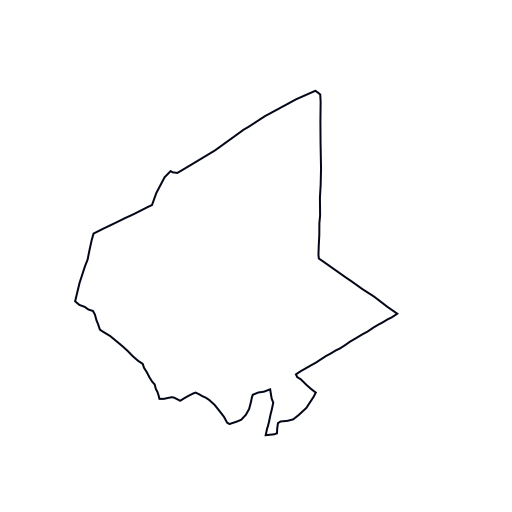 the district of Suq Al-Shoyokh, Dhi-Qar, Iraq, rotated 211°
{"feature_id": "34846034B93046718311053", "entity_name": "Suq Al-Shoyokh", "entity_type": "district", "adm_level": 2, "iso_a3": "IRQ", "parent_name": "Iraq", "parent_adm1": "Dhi-Qar", "projection": "robinson", "projection_center": [46.449, 30.814], "detail": "fine", "context": "isolated", "style": "outline", "palette": "ink", "viewbox_px": 512, "rotation_deg": 211, "n_neighbors": 0, "source": "geoboundaries", "source_scale": "gbopen_adm2", "svg_char_len": 1997}
<svg xmlns="http://www.w3.org/2000/svg" viewBox="0 0 512 512"><g transform="rotate(211 256 256)"><path d="M387.7,124.0L382.2,123.1L376.5,124.2L372.2,123.8L367.4,124.9L364.0,122.9L362.0,121.0L359.5,118.6L356.6,116.5L354.6,114.8L351.9,112.5L348.6,112.3L345.5,112.3L339.8,112.3L330.5,110.9L323.5,109.8L317.0,108.5L309.8,106.6L302.9,105.4L297.6,105.2L294.4,102.5L289.3,99.9L285.0,97.2L280.5,94.9L276.7,93.7L273.3,90.4L270.3,88.6L267.7,86.3L265.2,83.8L261.4,86.1L258.0,89.3L255.3,91.7L253.2,92.4L247.9,92.8L246.4,92.9L244.1,97.4L241.4,102.1L238.9,106.0L237.4,107.8L233.3,108.2L230.0,108.2L226.0,108.7L222.1,108.5L214.9,107.1L207.4,104.3L200.5,101.6L195.0,98.3L192.2,98.3L187.3,104.0L184.3,108.1L182.9,114.6L183.1,121.3L185.1,128.2L186.7,132.7L187.3,135.4L183.7,140.2L179.4,143.7L175.2,149.0L173.2,146.6L169.1,141.8L165.7,139.2L163.7,133.5L161.7,127.0L159.6,121.0L158.2,116.5L157.6,113.8L155.4,107.4L148.5,112.6L146.7,114.8L149.1,119.3L151.1,124.1L149.7,126.8L143.9,131.1L140.0,135.1L137.6,141.4L136.0,146.9L134.6,151.6L134.1,165.0L134.4,169.7L140.4,170.4L146.4,171.5L150.4,172.5L154.2,173.4L158.3,173.4L160.8,175.1L158.2,180.6L155.4,185.5L152.4,190.9L149.8,195.3L148.0,199.1L144.5,206.3L141.8,210.8L138.9,216.3L136.5,219.9L134.0,224.9L131.3,231.0L128.1,236.8L124.6,243.4L121.4,248.8L118.4,255.3L115.8,260.1L113.2,264.4L110.6,269.4L108.1,273.2L105.6,278.4L105.2,279.3L117.3,280.1L133.8,282.0L147.7,282.4L161.3,283.5L168.8,283.9L183.7,285.0L194.0,285.8L200.8,286.2L203.1,289.2L207.6,297.3L212.5,306.5L218.6,316.8L221.9,323.7L231.3,339.0L237.1,350.1L245.2,364.3L259.1,386.5L270.1,404.5L279.9,421.3L284.1,427.5L285.7,427.8L290.2,428.2L302.2,411.2L320.3,380.6L328.9,362.9L331.7,357.8L345.4,325.7L356.0,305.7L363.9,290.9L366.2,286.7L370.6,284.8L372.9,284.8L374.9,276.5L373.9,258.8L371.4,246.1L374.1,242.1L376.6,238.1L382.5,228.7L387.8,221.0L394.1,211.2L400.9,200.9L406.8,191.6L405.0,184.9L401.7,175.1L398.5,166.2L397.3,159.1L393.4,142.1L387.7,124.0Z" fill="none" stroke="#020617" stroke-width="2"/></g></svg>